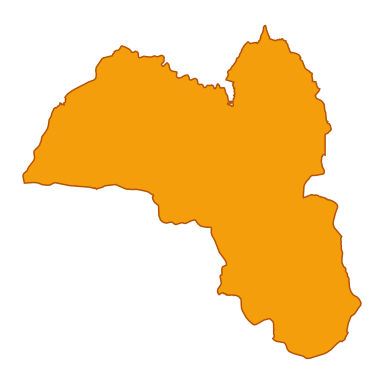 Nikhom Kham Soi, Mukdahan, Thailand
{"feature_id": "78962969B97747212455543", "entity_name": "Nikhom Kham Soi", "entity_type": "district", "adm_level": 2, "iso_a3": "THA", "parent_name": "Thailand", "parent_adm1": "Mukdahan", "projection": "albers", "projection_center": [104.552, 16.34], "detail": "fine", "context": "isolated", "style": "filled", "palette": "amber", "viewbox_px": 384, "rotation_deg": 0, "n_neighbors": 0, "source": "geoboundaries", "source_scale": "gbopen_adm2", "svg_char_len": 5859}
<svg xmlns="http://www.w3.org/2000/svg" viewBox="0 0 384 384"><path d="M349.0,281.8L348.7,281.4L349.0,280.6L348.9,278.3L348.0,277.2L347.8,276.1L347.3,275.9L347.3,273.6L346.3,272.6L345.5,270.9L345.9,270.1L345.7,268.9L345.2,267.7L343.6,266.6L341.9,262.5L341.9,258.8L342.6,253.0L341.3,249.0L341.3,245.3L340.9,244.1L341.2,242.0L340.8,239.3L340.8,238.3L341.7,236.5L334.6,228.1L333.5,225.8L333.1,222.9L333.6,220.2L335.4,213.3L337.6,207.1L337.5,205.8L337.0,204.7L335.3,202.8L333.0,201.3L329.9,200.0L327.5,199.7L326.6,198.7L325.9,198.7L325.1,198.0L319.2,196.4L318.0,195.5L316.2,195.1L315.7,195.3L315.1,195.0L313.5,195.4L311.8,194.6L303.6,197.7L303.3,196.8L303.9,186.9L304.4,184.9L306.4,181.4L308.5,179.3L310.5,176.5L312.0,175.5L315.5,175.4L321.9,174.3L323.5,173.7L324.2,172.8L324.2,170.5L322.3,166.6L321.4,162.2L321.3,160.0L321.6,159.5L321.7,156.9L322.4,156.3L322.7,155.1L324.0,154.6L325.1,155.1L325.1,134.4L327.7,133.2L330.4,130.6L330.8,129.6L331.1,129.6L331.1,128.5L330.5,127.3L330.6,126.3L330.3,125.4L329.1,123.7L327.3,123.0L327.2,122.6L327.8,121.6L326.4,120.6L325.6,112.3L324.8,110.7L324.1,104.2L321.9,101.2L320.6,100.3L316.7,98.6L315.8,97.1L315.3,95.4L319.3,90.5L319.8,89.0L318.1,88.2L317.3,86.9L316.4,84.7L316.5,83.5L316.0,83.1L315.9,81.8L312.4,81.4L312.6,79.7L311.9,76.1L312.2,73.4L310.1,72.4L309.9,71.6L306.5,69.5L305.0,68.2L302.3,61.0L301.5,60.6L299.9,58.7L300.8,57.8L299.3,55.3L298.3,54.5L296.4,53.6L292.1,52.4L290.6,52.7L287.9,46.0L287.7,44.5L286.0,42.3L285.9,40.9L283.7,40.4L282.8,39.1L281.7,38.8L281.1,39.7L279.6,39.2L278.9,40.0L277.9,39.6L275.7,40.6L273.7,40.2L269.4,38.6L269.5,37.0L268.4,35.1L266.3,29.2L265.8,26.1L265.4,25.6L264.5,25.8L263.5,27.4L263.3,30.2L262.7,32.3L260.9,35.9L260.5,37.8L260.7,38.3L260.3,38.7L260.2,39.7L258.6,41.3L258.6,42.3L257.4,43.4L256.8,43.1L256.6,42.5L255.9,42.9L254.6,42.6L250.3,43.6L248.2,41.9L247.6,42.1L244.1,45.7L241.7,49.9L241.6,50.8L239.9,54.0L239.3,56.0L238.3,57.5L236.9,58.2L235.5,62.5L234.5,63.3L233.4,65.2L232.2,66.2L230.8,69.0L230.1,69.8L228.9,70.1L227.6,72.0L228.3,74.8L227.7,76.7L226.5,78.2L226.0,79.8L233.8,82.2L233.2,83.4L233.2,83.9L232.8,84.0L233.1,84.7L232.8,85.5L233.6,86.9L233.7,88.4L234.5,88.4L234.3,88.9L234.6,90.1L234.2,90.7L234.3,92.1L234.8,93.1L234.5,94.7L233.7,95.2L234.1,96.0L234.5,96.1L234.4,96.7L234.0,98.2L233.4,98.7L233.3,100.6L232.6,101.7L233.3,105.0L233.2,105.9L232.9,106.1L231.6,106.2L230.4,105.0L228.2,104.6L227.6,104.1L227.6,103.4L228.1,103.0L231.1,103.2L231.7,102.4L231.8,101.6L231.1,101.3L229.7,101.6L228.3,100.8L227.5,95.9L225.5,92.5L225.4,91.2L224.4,88.0L223.6,87.8L220.2,87.9L219.5,85.9L218.3,84.1L217.6,84.0L217.1,84.6L216.5,86.6L215.5,88.3L214.8,88.8L214.3,88.4L213.4,86.1L211.8,85.0L210.1,85.5L207.4,85.3L206.1,87.0L204.6,87.6L203.9,87.3L202.8,85.2L201.7,84.3L199.3,84.5L197.9,83.8L197.3,79.9L195.2,78.4L194.1,78.6L191.3,79.9L190.4,80.0L189.6,79.7L188.7,76.6L187.7,75.1L186.8,75.0L184.5,75.6L180.5,77.9L178.3,78.0L177.0,77.2L176.4,76.3L176.9,72.2L175.7,71.7L172.9,71.3L170.6,70.2L169.8,68.8L168.7,64.5L167.2,62.9L166.6,63.1L163.4,66.3L162.8,66.3L161.8,65.3L161.5,64.6L161.8,63.7L163.5,62.3L164.1,60.8L163.9,59.6L164.2,57.4L163.5,56.4L162.4,55.6L161.2,55.4L157.6,56.8L154.2,55.9L152.0,56.8L150.1,57.1L143.7,56.3L139.8,57.8L138.6,57.2L138.1,53.2L137.8,52.4L136.8,51.7L135.3,51.2L134.0,52.3L132.4,52.4L131.4,51.8L129.9,49.7L128.2,48.6L124.8,46.9L122.1,46.0L121.4,46.0L119.6,49.0L118.5,50.1L117.6,50.5L116.3,50.4L114.2,51.7L114.0,53.1L112.9,54.1L112.2,55.8L103.6,57.8L102.0,58.8L96.2,67.5L95.8,70.4L96.3,74.1L96.0,77.0L95.8,78.2L94.2,79.8L92.9,80.5L89.3,81.7L74.0,89.6L71.6,91.1L67.8,93.8L65.2,96.9L65.0,97.8L65.9,98.6L65.3,100.4L65.5,101.6L65.2,102.3L63.9,102.9L64.0,104.8L62.9,104.1L62.2,104.6L61.5,104.6L61.3,103.5L60.2,102.9L59.3,105.5L57.9,106.2L56.6,107.7L55.1,107.7L53.7,109.1L51.9,113.3L51.1,116.4L49.2,119.6L48.4,125.3L47.5,128.6L45.8,131.6L42.4,136.1L41.8,137.4L41.0,141.3L39.4,145.3L37.7,147.5L35.8,149.0L34.2,150.9L33.9,152.8L34.6,157.5L33.8,160.5L28.6,167.2L27.0,170.8L24.3,173.0L23.2,174.6L23.0,176.7L24.4,183.1L33.8,182.5L37.8,182.9L42.8,184.8L47.4,185.2L50.0,185.0L53.7,183.0L55.2,182.7L69.6,185.6L89.8,187.2L94.5,188.4L94.8,187.9L95.8,188.3L96.4,189.2L98.3,188.3L102.3,187.3L105.0,185.8L115.5,184.5L125.9,189.0L131.8,189.5L136.5,189.4L139.5,189.8L147.0,191.5L149.2,192.5L150.9,193.9L153.4,195.0L153.4,195.8L152.5,196.9L152.9,199.4L154.5,202.3L158.5,205.6L158.9,215.6L160.5,219.9L162.0,221.5L164.1,222.6L166.6,223.1L170.4,222.2L172.1,222.2L174.9,224.3L176.2,224.5L181.6,222.7L182.6,222.8L184.2,223.4L185.7,223.4L191.2,220.8L194.6,219.9L195.6,220.4L197.9,223.7L200.0,225.5L201.2,226.2L205.9,227.2L210.7,227.3L211.2,227.6L211.5,228.2L211.2,232.5L211.9,235.2L215.0,240.9L219.5,252.6L224.8,259.7L225.9,261.7L226.3,262.9L226.4,265.1L222.7,266.7L222.1,267.9L221.8,269.8L222.0,274.6L221.5,275.1L220.6,275.2L220.1,276.3L221.3,283.0L220.9,284.6L217.8,289.2L217.5,291.7L218.0,293.3L219.0,294.6L219.7,294.4L220.2,293.7L223.0,292.7L223.9,293.7L225.6,293.6L225.6,294.3L226.9,295.2L227.6,294.7L228.2,295.2L230.2,295.2L232.3,294.7L233.5,295.5L235.4,295.2L238.8,296.5L239.5,297.8L240.5,298.2L240.8,298.7L241.2,300.7L241.2,304.3L241.6,308.5L242.9,311.6L246.0,317.2L248.5,320.3L252.2,323.7L254.0,324.7L255.0,324.8L256.6,324.2L264.1,320.0L269.7,318.6L272.9,321.5L273.6,323.8L273.7,328.8L274.0,330.0L273.6,330.3L273.7,334.3L274.3,335.7L274.3,336.6L272.8,338.6L273.8,339.7L276.1,341.2L284.1,342.6L285.1,343.6L286.0,345.1L287.5,349.5L288.6,350.9L289.6,351.7L293.9,353.6L303.1,356.1L306.4,358.4L309.2,358.4L322.8,354.2L326.4,352.8L331.0,349.6L336.6,344.0L340.2,341.1L342.1,341.6L342.8,340.8L344.9,339.5L345.2,337.9L348.0,332.6L346.8,331.8L347.0,330.3L348.1,323.9L350.7,317.0L351.5,316.0L354.7,313.8L358.5,308.0L360.2,305.8L360.8,304.7L361.0,303.2L360.5,301.6L359.1,299.2L357.2,297.2L353.2,294.9L351.1,292.0L349.6,287.9L349.0,281.8Z" fill="#f59e0b" stroke="#b45309" stroke-width="1.5"/></svg>